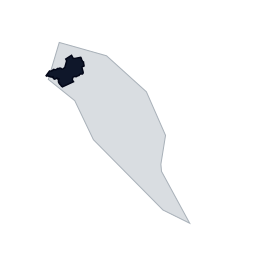 Ngchesechang, Airai, Palau (highlighted), rotated 126°
{"feature_id": "81905179B88239301587184", "entity_name": "Ngchesechang", "entity_type": "district", "adm_level": 2, "iso_a3": "PLW", "parent_name": "Palau", "parent_adm1": "Airai", "projection": "albers", "projection_center": [134.583, 7.399], "detail": "fine", "context": "in_parent", "style": "filled", "palette": "ink", "viewbox_px": 256, "rotation_deg": 126, "n_neighbors": 0, "source": "geoboundaries", "source_scale": "gbopen_adm2", "svg_char_len": 3002}
<svg xmlns="http://www.w3.org/2000/svg" viewBox="0 0 256 256"><g transform="rotate(126 128 128)"><path d="M135.5,221.1L99.2,233.9L82.2,187.8L87.9,134.4L111.9,93.3L138.0,80.1L143.4,75.4L168.8,22.1L173.8,51.5L157.8,149.1L137.2,187.1L135.5,221.1Z" fill="#d9dde1" stroke="#a8b0b8" stroke-width="1"/><path d="M98.6,207.8L102.7,211.6L103.9,213.2L102.4,216.4L105.9,217.8L108.8,218.9L109.7,217.1L116.2,214.7L117.6,215.1L117.9,215.3L118.8,215.4L119.0,215.6L119.2,216.0L119.4,216.5L119.3,216.8L119.2,216.9L119.1,217.3L119.3,217.8L119.4,218.1L119.6,218.4L119.7,218.5L120.5,218.6L120.9,218.9L121.0,219.2L120.9,219.7L121.1,219.8L121.5,219.9L121.7,220.1L122.0,220.2L122.5,220.3L123.1,220.5L123.4,220.8L123.7,221.3L124.3,222.5L124.5,222.8L124.8,222.8L125.1,222.9L125.3,222.8L125.5,222.8L125.7,222.7L126.0,222.9L126.1,223.0L126.3,223.4L127.2,223.5L127.3,223.6L128.0,225.0L133.7,225.0L133.7,224.9L133.8,224.7L133.7,224.7L133.6,224.4L133.5,224.2L133.4,224.1L133.2,223.9L133.1,223.7L133.0,223.4L132.9,223.4L133.0,223.2L132.9,223.0L132.9,222.9L132.7,222.7L132.5,222.4L132.4,222.3L132.5,222.2L132.5,221.9L132.4,221.9L132.2,221.8L132.1,221.7L132.1,221.4L132.1,221.2L132.1,220.8L132.1,220.7L131.9,220.4L131.9,220.2L131.7,220.0L131.8,220.0L131.7,219.8L131.6,219.7L131.5,219.4L131.4,219.2L131.3,218.9L131.2,218.7L131.3,218.5L131.3,218.4L131.3,218.2L131.2,218.2L131.3,218.1L131.2,218.0L131.3,217.9L131.4,217.6L131.5,217.4L131.4,217.4L131.5,217.4L131.5,217.2L131.6,216.8L131.6,216.7L131.7,216.4L131.7,216.2L131.4,215.9L131.2,215.9L131.0,215.7L130.9,215.7L130.7,215.5L130.6,215.4L130.4,215.3L130.3,215.2L130.2,215.2L129.9,215.1L129.7,215.1L129.4,215.0L129.4,214.9L129.3,214.7L129.3,214.4L129.4,214.2L129.5,214.1L129.6,213.9L129.7,213.7L129.7,213.4L129.6,213.2L129.4,213.1L129.2,213.0L129.0,212.9L129.0,213.0L128.9,213.0L128.9,212.9L128.9,212.7L129.0,212.7L129.4,212.7L129.5,212.6L129.8,212.4L130.1,212.3L130.2,212.2L130.3,212.2L130.5,212.2L130.8,211.9L131.0,211.8L131.0,211.7L131.2,211.4L131.3,211.4L131.5,211.3L131.6,211.2L131.8,211.0L131.9,210.9L131.9,210.7L132.0,210.6L131.9,210.4L132.0,210.4L132.2,210.2L132.2,209.9L132.3,209.9L132.4,209.7L132.4,209.4L132.5,209.3L132.5,209.2L132.7,208.9L132.7,208.7L132.7,208.3L132.6,208.2L132.7,207.9L132.7,207.7L132.8,207.5L132.9,207.4L132.9,207.2L132.9,206.9L133.0,206.9L133.0,206.6L133.1,206.4L133.2,206.2L133.3,206.2L133.3,205.9L133.2,205.8L133.2,205.7L133.1,205.4L133.2,205.2L122.6,199.3L122.0,200.9L121.5,201.5L120.9,201.9L120.1,202.1L119.7,202.3L119.1,202.3L118.5,202.1L118.1,201.8L117.6,201.2L117.1,200.3L116.6,199.8L116.0,199.7L115.4,199.4L114.8,198.9L114.3,198.5L113.8,198.5L113.2,198.6L112.7,198.4L112.4,198.3L111.8,197.7L111.3,196.8L111.2,196.7L110.4,196.5L109.7,196.7L109.1,197.2L106.5,200.4L105.5,201.1L105.0,201.0L104.5,200.6L104.3,200.2L104.0,200.1L103.8,200.0L103.4,200.2L101.2,202.5L100.8,202.7L100.8,204.2L100.3,204.8L100.4,205.2L100.3,205.7L99.8,205.9L99.5,206.3L99.2,206.6L99.3,207.2L98.7,207.4L98.6,207.8Z" fill="#0f172a" stroke="#020617" stroke-width="1.5"/></g></svg>